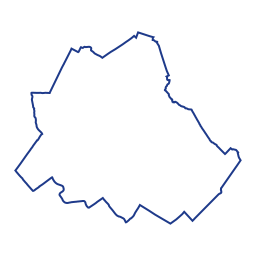 Brezoaele, Dâmbovita, Romania
{"feature_id": "2599482B97549882427292", "entity_name": "Brezoaele", "entity_type": "district", "adm_level": 2, "iso_a3": "ROU", "parent_name": "Romania", "parent_adm1": "Dâmbovita", "projection": "albers", "projection_center": [25.752, 44.562], "detail": "fine", "context": "isolated", "style": "outline", "palette": "blue", "viewbox_px": 256, "rotation_deg": 0, "n_neighbors": 0, "source": "geoboundaries", "source_scale": "gbopen_adm2", "svg_char_len": 5576}
<svg xmlns="http://www.w3.org/2000/svg" viewBox="0 0 256 256"><path d="M39.3,186.5L42.5,184.4L44.1,183.2L51.3,177.8L52.1,177.3L52.3,177.5L52.6,178.3L52.8,178.9L53.9,180.8L54.7,181.9L55.7,182.9L56.4,183.4L57.3,184.0L58.1,184.3L61.5,185.5L62.5,186.0L63.1,186.7L63.2,187.0L63.3,187.2L63.7,188.9L63.7,189.6L63.6,190.1L63.4,190.5L63.0,191.0L62.6,191.4L60.9,192.5L60.3,193.0L60.0,193.3L59.7,193.9L59.6,194.2L59.5,194.7L59.6,195.1L60.1,195.9L61.3,197.5L62.0,198.6L62.5,199.5L62.7,200.2L63.0,200.7L63.5,201.3L64.1,201.9L65.1,202.6L65.9,202.8L66.2,202.9L67.2,203.0L68.1,202.9L69.3,202.6L70.6,202.4L71.4,202.2L74.2,201.9L76.5,201.7L77.8,201.5L78.3,201.5L78.9,201.4L80.1,201.3L81.2,201.2L82.6,201.0L83.3,201.0L83.9,201.0L84.5,201.3L84.7,201.5L85.0,201.9L85.2,202.1L85.5,203.0L85.6,203.7L86.0,204.7L86.4,205.5L86.8,206.2L87.4,206.8L87.7,207.1L88.2,207.6L89.1,207.6L89.5,207.3L94.3,204.1L96.0,202.9L97.2,201.9L102.8,198.0L103.7,199.2L104.3,200.0L104.5,200.1L105.9,201.8L107.7,203.6L108.6,204.6L109.2,206.2L110.2,207.5L111.0,208.4L112.1,209.7L113.3,211.2L114.5,212.8L115.8,214.4L117.1,215.6L118.8,216.5L119.4,216.5L120.7,217.0L122.0,217.7L123.2,218.3L124.1,219.0L124.7,220.0L125.3,221.3L125.8,222.3L126.4,222.2L128.6,220.4L130.3,218.6L130.7,218.4L131.0,218.4L131.8,217.7L133.3,216.2L133.9,215.3L134.6,213.9L134.8,213.4L135.6,212.0L136.2,211.1L136.8,210.1L137.9,208.5L138.9,206.8L139.9,205.0L149.4,210.9L155.2,214.7L170.4,223.6L176.3,219.4L179.5,216.6L182.3,214.1L184.2,211.8L184.5,212.1L191.5,219.7L192.5,220.8L192.6,220.7L194.1,219.2L194.5,218.7L200.8,212.3L218.5,194.4L219.3,193.8L220.5,193.3L220.7,193.1L220.9,193.0L221.1,192.8L221.2,192.6L221.3,192.4L221.3,191.9L221.3,191.5L221.2,191.3L221.2,191.1L221.2,190.8L221.1,190.5L221.0,190.4L220.9,190.0L220.9,189.8L220.9,189.7L221.0,189.5L221.0,188.3L221.2,188.2L223.9,184.3L236.2,166.7L236.3,166.6L240.6,160.3L239.2,158.0L238.8,157.1L238.6,156.6L238.1,154.4L237.9,153.3L237.7,153.0L237.7,152.8L238.1,152.4L236.2,150.1L235.9,149.9L232.9,149.2L232.6,149.3L232.2,149.5L230.6,148.2L225.8,153.3L225.0,154.0L224.7,153.7L220.1,149.1L218.7,147.6L218.1,147.1L217.1,146.1L216.9,145.8L216.6,145.0L216.4,144.8L216.0,144.6L214.5,143.8L213.0,142.6L212.5,142.4L212.1,142.4L211.7,142.2L211.4,142.0L211.0,141.2L210.7,141.0L210.5,140.9L210.2,140.6L209.8,140.0L209.5,139.2L209.0,138.5L207.8,136.8L205.8,133.7L205.5,133.4L205.3,133.0L203.3,130.0L202.9,129.5L201.7,127.7L201.1,126.6L200.6,126.0L200.4,125.8L200.2,125.0L200.0,124.7L199.5,124.1L199.4,123.8L199.3,123.4L198.3,121.7L197.8,120.8L197.0,119.5L196.9,119.3L196.1,117.8L195.8,117.4L195.1,116.0L194.6,115.2L193.8,113.7L192.8,112.0L192.5,111.6L192.2,111.0L191.8,110.1L191.5,109.6L191.2,109.5L188.8,109.3L188.2,109.2L186.9,108.5L186.4,108.3L185.8,108.3L185.4,108.3L185.2,108.1L184.7,107.4L184.3,107.1L183.3,106.7L182.9,106.7L182.0,106.3L181.5,106.3L181.2,106.1L180.7,105.9L180.2,105.4L179.7,105.1L179.3,105.0L179.0,104.8L178.4,104.1L177.4,103.0L177.0,102.7L176.0,102.1L175.4,101.8L175.0,101.8L174.8,101.9L174.6,102.2L174.2,102.4L173.5,102.2L173.2,102.3L173.1,102.2L173.1,101.9L172.8,101.9L172.5,101.8L172.4,101.5L172.2,100.6L172.1,100.3L172.0,100.0L172.1,99.9L172.2,99.7L171.6,98.9L171.0,98.7L170.8,98.6L170.6,98.2L170.4,97.8L169.6,97.1L168.8,95.2L168.9,94.5L168.7,93.9L167.9,93.2L167.2,92.3L166.8,92.0L166.4,91.5L166.2,91.2L164.9,90.2L164.9,89.9L165.2,89.4L165.7,88.8L165.8,88.6L165.7,87.9L165.7,87.5L166.0,86.8L166.2,86.5L166.4,86.3L166.9,85.9L167.1,85.2L167.3,84.6L167.6,84.3L167.8,84.2L168.2,84.0L168.8,83.5L169.1,82.8L169.4,81.3L169.5,81.2L169.6,80.6L169.6,80.1L169.0,80.0L168.7,80.3L167.5,79.9L167.2,79.6L167.1,79.2L167.1,78.7L167.0,77.5L167.1,77.2L167.0,76.9L166.6,76.5L168.8,75.4L166.8,70.9L165.4,66.7L161.1,53.4L160.6,51.7L158.8,45.6L158.4,45.1L157.8,44.1L157.5,43.7L157.0,42.8L157.1,42.6L157.2,42.3L157.2,41.8L156.9,41.7L156.5,41.6L155.9,41.7L155.4,41.5L154.2,40.4L153.0,40.0L152.7,40.0L152.7,39.7L152.9,37.8L152.9,37.6L153.2,37.3L153.3,37.2L149.7,36.2L138.1,32.4L136.1,37.7L134.1,35.9L131.5,38.1L128.5,40.3L126.1,41.9L122.6,44.4L115.3,49.2L110.8,51.9L108.0,53.8L102.3,57.8L100.5,56.4L99.4,55.8L98.7,55.5L97.5,55.0L94.6,53.4L94.4,53.2L93.5,52.2L92.5,51.4L91.6,50.8L91.1,50.4L91.0,50.2L91.2,48.7L91.2,48.1L91.0,47.7L90.8,47.5L90.4,47.2L89.7,46.9L89.2,46.8L88.8,46.8L85.9,47.1L85.2,47.0L84.7,46.8L83.9,47.1L83.1,47.7L82.8,47.9L82.5,47.9L81.9,47.7L81.2,47.3L81.0,47.2L80.6,47.7L80.5,48.0L78.7,51.7L78.4,51.9L78.1,52.1L71.5,48.6L70.8,50.3L64.9,61.9L64.1,63.4L64.0,63.8L63.6,64.4L61.9,67.6L57.8,76.1L49.9,92.4L49.7,93.0L45.4,92.8L42.6,93.1L41.8,93.0L40.7,92.8L37.4,92.9L31.9,92.7L31.5,92.9L31.4,93.0L31.6,94.9L32.1,95.5L32.4,96.2L32.4,96.8L32.3,97.8L32.1,98.2L32.0,99.0L31.9,99.3L31.9,99.8L32.0,100.3L33.1,105.9L33.1,106.4L33.2,107.1L33.3,107.4L33.8,108.0L34.0,108.2L34.2,108.5L34.0,109.3L34.2,110.0L34.4,111.2L34.2,112.2L34.3,113.4L34.4,114.6L34.3,115.1L34.3,115.6L34.4,116.5L34.7,117.0L35.0,117.3L35.4,117.7L35.6,118.3L35.8,119.0L35.9,120.3L35.8,121.8L35.7,122.2L35.8,122.7L36.5,125.0L36.6,126.3L36.9,127.3L37.8,128.9L38.7,130.0L41.2,132.4L41.7,133.0L42.2,134.0L41.2,134.7L41.1,134.8L40.0,136.4L38.2,139.5L37.9,139.9L37.6,140.2L37.0,140.7L36.9,140.6L34.2,144.3L33.6,145.1L32.9,146.1L32.4,147.0L30.7,149.2L30.3,149.9L26.9,154.5L26.5,155.1L25.2,156.9L24.8,157.5L22.9,160.2L20.0,164.3L19.4,165.1L17.8,167.3L15.7,170.1L15.4,170.5L15.5,170.6L16.2,171.6L17.8,173.5L19.5,175.5L21.0,177.1L22.4,178.4L22.9,179.4L23.2,179.8L25.7,182.7L26.6,183.6L27.0,184.2L28.9,186.4L32.9,190.9L33.2,190.9L34.3,190.4L35.8,189.2L38.6,187.3L39.0,186.9L39.3,186.7L39.3,186.5Z" fill="none" stroke="#1e3a8a" stroke-width="2"/></svg>